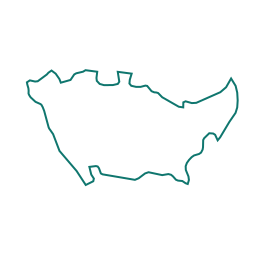 the border of Milano, rotated 7°
{"feature_id": "ITA-5450", "entity_name": "Milano", "entity_type": "Province", "adm_level": 1, "iso_a3": "ITA", "parent_name": "Italy", "parent_adm1": "", "projection": "natural_earth1", "projection_center": [9.132, 45.455], "detail": "fine", "context": "isolated", "style": "outline", "palette": "teal", "viewbox_px": 256, "rotation_deg": 7, "n_neighbors": 0, "source": "natural_earth", "source_scale": "10m", "svg_char_len": 1406}
<svg xmlns="http://www.w3.org/2000/svg" viewBox="0 0 256 256"><g transform="rotate(7 128 128)"><path d="M224.3,66.3L229.7,73.1L232.1,79.6L233.5,87.3L233.9,94.3L232.9,99.9L227.9,109.5L220.6,126.0L218.5,129.3L215.3,124.1L213.2,123.1L209.3,123.3L204.8,128.9L204.1,130.8L204.8,137.9L204.7,140.3L203.5,143.5L201.7,145.1L196.9,147.2L194.7,149.2L192.5,152.2L190.7,155.5L189.9,158.9L190.5,162.6L193.9,168.7L194.8,172.2L194.1,176.3L191.9,175.8L188.4,174.0L184.1,174.1L181.9,173.5L178.5,170.5L176.5,169.2L173.7,168.8L167.7,170.6L153.8,169.4L150.5,171.0L144.7,176.6L141.2,178.6L108.4,177.1L106.6,176.4L104.1,171.5L102.6,169.9L100.8,169.7L94.4,171.3L97.2,178.7L100.3,182.4L100.0,185.1L93.0,189.7L82.2,176.9L62.8,159.1L54.4,143.2L49.8,138.1L49.1,136.9L42.7,121.2L40.8,117.7L39.2,115.5L38.2,114.9L33.0,113.3L27.6,109.4L26.0,107.5L25.1,106.0L24.8,102.9L24.3,100.7L22.8,97.2L22.1,95.0L24.8,92.7L30.1,93.2L32.7,92.6L40.9,84.8L42.3,82.8L45.1,80.3L49.6,82.9L53.9,87.7L55.8,91.2L65.1,87.3L68.1,81.4L70.0,80.0L76.5,77.6L78.8,75.8L90.6,75.9L90.6,82.2L91.3,85.0L94.5,87.7L99.0,88.4L107.8,87.2L112.5,85.5L113.7,83.1L111.0,73.5L125.0,73.6L123.9,79.9L124.0,83.7L126.1,85.7L131.1,86.2L135.6,85.6L140.1,83.8L141.9,83.9L146.9,88.6L149.7,89.4L151.7,89.3L153.6,89.6L158.2,93.3L175.8,100.7L180.3,100.8L179.8,95.8L181.9,94.5L188.3,95.5L192.7,94.7L215.3,81.2L220.4,75.6L224.3,66.3Z" fill="none" stroke="#0f766e" stroke-width="2"/></g></svg>